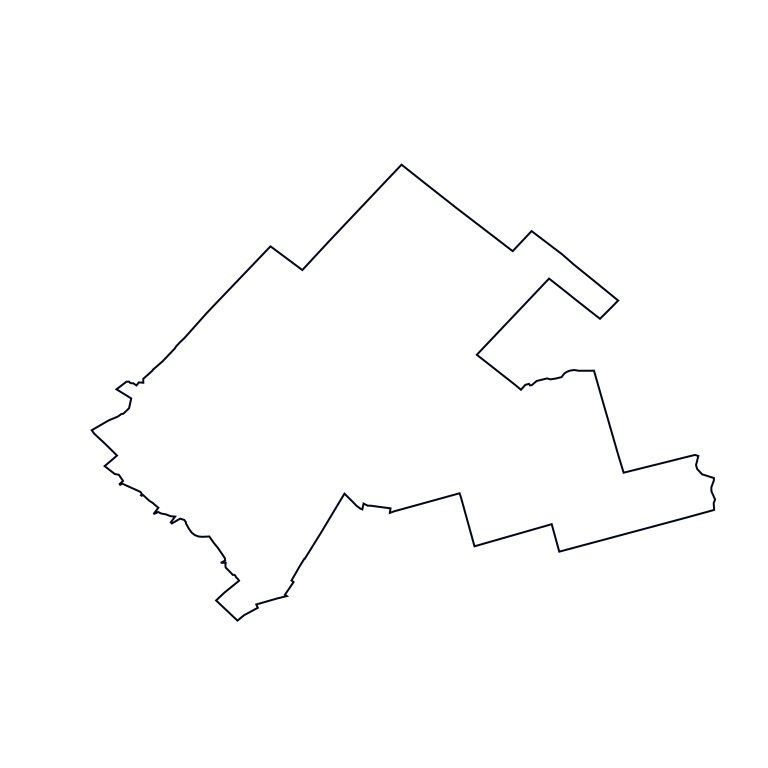 outline of Vitanesti, Teleorman, Romania, rotated 345°
{"feature_id": "2599482B39756313784680", "entity_name": "Vitanesti", "entity_type": "district", "adm_level": 2, "iso_a3": "ROU", "parent_name": "Romania", "parent_adm1": "Teleorman", "projection": "natural_earth1", "projection_center": [25.463, 44.005], "detail": "fine", "context": "isolated", "style": "outline", "palette": "ink", "viewbox_px": 768, "rotation_deg": 345, "n_neighbors": 0, "source": "geoboundaries", "source_scale": "gbopen_adm2", "svg_char_len": 2406}
<svg xmlns="http://www.w3.org/2000/svg" viewBox="0 0 768 768"><g transform="rotate(345 384 384)"><path d="M631.3,363.3L629.1,360.3L621.2,349.3L620.1,347.9L616.5,342.8L598.3,317.8L589.6,304.8L566.1,274.5L542.7,289.0L499.0,232.1L472.4,196.5L457.7,176.7L437.6,189.0L368.3,231.6L334.6,252.8L310.9,222.8L309.9,221.7L242.9,262.4L230.8,269.8L207.5,285.1L203.2,287.9L198.2,290.6L192.7,294.0L191.4,295.4L175.8,304.9L164.4,310.4L163.8,311.1L160.2,313.0L152.8,316.7L151.8,320.5L147.7,319.0L144.5,321.3L141.9,318.3L140.9,318.2L139.1,317.2L138.3,315.7L135.9,315.1L124.2,319.9L136.1,332.5L131.5,341.4L128.1,343.3L124.6,345.2L122.7,345.0L118.4,346.6L108.8,347.9L103.1,349.4L89.7,353.0L91.3,357.1L98.6,368.7L107.6,384.0L92.9,391.0L100.6,401.2L104.4,403.1L106.4,408.8L106.8,410.1L102.8,412.2L103.1,413.1L105.2,412.4L120.0,424.5L121.2,425.9L121.6,427.9L120.5,428.5L121.0,429.2L122.4,428.7L127.1,436.1L129.6,438.7L134.0,445.2L127.7,450.0L132.8,449.2L135.2,451.4L139.8,453.6L143.7,456.5L147.9,458.0L142.3,462.4L143.0,463.8L152.2,461.3L155.9,463.6L156.9,466.3L156.6,467.5L158.3,474.0L159.9,478.0L162.3,481.1L165.4,483.3L168.7,484.5L175.8,486.1L178.2,492.7L179.2,495.1L181.1,499.2L184.9,510.1L185.2,511.1L184.9,513.4L180.1,514.5L184.8,515.7L183.8,518.4L183.6,520.4L187.6,527.4L188.5,529.2L190.0,529.6L190.8,530.7L191.2,532.6L192.5,534.7L193.1,536.5L184.6,540.3L176.1,544.1L165.8,549.6L181.2,574.6L189.0,571.1L196.6,569.3L204.2,567.5L204.1,567.2L203.6,563.9L214.5,563.7L225.4,563.5L235.2,563.7L233.7,562.0L245.4,551.9L243.8,549.9L255.3,538.3L261.7,532.3L262.1,532.4L267.5,527.4L284.7,511.3L317.4,479.7L323.3,489.7L325.9,494.5L328.9,498.2L330.6,499.5L333.3,494.2L336.8,497.3L339.6,498.1L358.1,505.8L356.3,510.0L361.2,509.6L377.8,509.5L428.7,509.1L429.0,513.7L429.4,564.2L509.7,562.8L509.9,591.3L638.5,591.3L654.4,591.2L670.3,591.1L671.6,584.5L673.9,581.2L672.5,572.5L673.4,568.6L675.2,566.0L677.3,563.1L677.7,562.4L678.0,561.5L678.3,560.2L667.9,553.6L664.5,547.1L664.4,543.1L669.0,534.9L666.0,533.0L656.9,532.8L592.5,531.7L591.9,513.5L590.8,456.4L590.3,425.5L575.8,421.7L571.3,419.7L567.2,419.2L563.5,419.6L560.8,420.6L557.3,423.3L551.6,423.2L546.0,422.6L543.0,420.8L532.2,420.6L526.4,423.4L524.6,423.1L524.1,421.4L520.3,421.4L514.8,425.0L510.7,419.1L481.2,379.8L508.8,362.9L570.7,324.9L584.4,343.2L588.1,348.3L601.2,365.9L609.5,376.9L620.7,370.5L631.8,364.0L631.3,363.3Z" fill="none" stroke="#020617" stroke-width="2"/></g></svg>